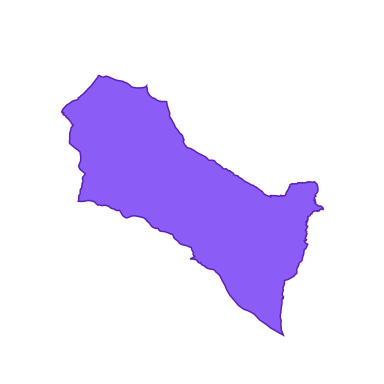 Kota Batu, Jawa Timur, Indonesia, rotated 302°
{"feature_id": "22746128B69457994360094", "entity_name": "Kota Batu", "entity_type": "district", "adm_level": 2, "iso_a3": "IDN", "parent_name": "Indonesia", "parent_adm1": "Jawa Timur", "projection": "natural_earth1", "projection_center": [112.536, -7.834], "detail": "fine", "context": "isolated", "style": "filled", "palette": "violet", "viewbox_px": 384, "rotation_deg": 302, "n_neighbors": 0, "source": "geoboundaries", "source_scale": "gbopen_adm2", "svg_char_len": 6045}
<svg xmlns="http://www.w3.org/2000/svg" viewBox="0 0 384 384"><g transform="rotate(302 192 192)"><path d="M241.1,51.2L238.0,51.1L228.9,50.3L224.8,49.3L217.6,47.9L215.1,46.9L212.9,46.4L211.9,45.7L210.7,45.9L210.0,46.2L208.8,45.4L207.4,43.8L205.5,42.4L201.2,40.7L199.2,39.6L193.9,38.7L192.0,38.8L190.9,39.1L190.4,39.8L191.3,40.9L191.3,41.3L191.2,41.4L189.7,41.4L189.5,41.7L189.4,42.4L189.6,44.5L188.9,45.5L188.2,49.2L187.0,52.6L186.1,54.0L185.9,55.4L185.7,55.1L185.4,55.2L184.3,55.8L182.3,55.4L180.5,56.3L178.7,56.7L177.2,57.2L173.6,59.2L172.4,60.1L170.1,61.2L168.5,62.3L168.3,62.7L167.5,68.2L167.2,70.6L167.1,73.5L167.0,73.8L166.8,74.2L166.7,75.6L166.1,76.3L162.7,79.1L159.5,81.0L158.8,81.2L155.7,81.7L154.0,82.1L153.6,82.4L152.7,83.6L151.9,85.1L151.6,86.3L151.6,87.7L151.3,89.1L151.1,91.6L150.7,92.0L150.0,91.8L146.3,91.5L145.4,91.9L143.6,93.8L142.3,94.2L141.0,94.3L137.1,96.3L135.6,96.0L134.5,96.1L131.2,98.1L128.8,98.0L124.9,100.2L123.9,100.5L125.8,103.9L127.8,106.4L129.4,107.8L130.8,110.4L131.6,112.8L131.9,114.5L131.7,115.8L131.3,116.9L131.1,118.4L130.9,118.9L131.9,120.1L132.8,123.0L134.7,125.1L135.6,128.3L135.8,129.6L135.4,130.8L135.4,131.9L135.8,133.8L136.4,134.5L136.2,136.1L136.4,138.0L137.0,139.1L137.6,139.4L138.1,140.1L138.0,140.6L137.5,141.4L135.4,145.6L135.1,146.8L135.0,149.1L135.6,150.6L139.5,153.5L140.4,154.4L142.0,157.2L144.5,164.3L144.5,165.6L144.3,167.2L143.6,168.9L142.9,172.6L141.5,175.9L141.3,177.6L142.0,180.8L143.2,182.6L143.1,182.9L142.5,183.8L142.0,184.7L142.1,186.1L142.7,187.0L143.0,188.4L144.2,190.1L144.1,191.0L144.8,193.6L145.1,196.4L145.8,197.7L145.2,199.0L143.9,200.5L143.3,201.8L142.8,206.1L141.8,209.0L142.0,211.0L142.6,213.0L143.3,214.5L144.5,220.9L144.4,221.2L143.4,221.9L142.6,222.9L142.3,223.6L141.2,225.4L140.9,225.6L140.1,225.7L139.6,226.1L138.9,227.5L138.8,228.6L134.9,226.3L134.5,226.7L136.0,228.8L136.0,229.7L136.5,229.9L136.8,230.5L136.6,231.8L136.6,232.8L135.9,233.7L135.9,234.2L136.0,234.6L135.6,235.1L136.0,236.6L136.3,237.0L136.5,237.0L135.9,237.7L135.6,238.8L135.6,240.3L135.8,241.5L135.5,243.3L135.4,245.1L135.9,247.2L137.8,252.0L136.8,254.8L136.4,257.7L135.9,259.7L132.1,266.1L130.1,269.7L128.9,271.2L127.2,273.8L124.7,278.4L120.4,291.7L120.0,297.1L120.2,299.0L121.0,302.5L121.4,307.0L121.3,310.0L119.4,317.0L118.9,327.0L118.6,328.4L118.4,330.4L118.4,333.2L119.0,345.3L122.4,340.8L125.9,338.3L127.5,337.0L129.7,336.1L130.8,335.2L132.1,333.5L134.3,332.2L136.6,331.3L141.2,329.0L144.6,327.6L147.3,326.0L148.8,325.3L150.1,324.9L150.2,325.8L151.7,325.0L151.9,324.7L152.0,323.8L152.2,323.4L153.0,322.8L154.9,322.0L156.7,321.6L157.7,321.1L158.4,320.1L159.4,319.7L162.7,319.3L164.3,318.3L165.2,317.9L165.8,317.4L166.5,317.8L168.9,320.0L172.2,321.8L173.2,322.1L173.7,322.7L174.5,322.6L175.3,323.4L175.9,323.2L177.4,323.2L178.1,324.0L179.3,323.6L180.4,322.7L181.0,322.4L181.7,321.9L183.8,321.5L185.8,321.4L188.7,320.5L192.1,321.6L195.9,320.2L198.3,319.7L202.6,317.7L204.3,318.5L209.0,317.9L209.0,316.1L208.8,315.0L209.8,313.8L210.1,313.0L210.4,312.9L210.5,313.5L211.2,313.7L211.2,314.4L212.2,314.5L212.4,313.4L212.7,312.6L213.8,312.3L215.0,312.3L215.0,311.6L216.8,312.0L217.3,311.6L217.7,311.5L218.2,310.3L219.3,310.2L219.6,308.4L222.0,308.7L222.6,308.3L224.1,308.4L224.3,306.3L225.8,306.1L226.0,305.7L226.7,305.6L226.9,304.7L227.2,304.5L227.4,304.8L227.8,304.7L228.0,305.4L228.3,305.5L229.4,304.8L229.9,305.0L230.3,304.6L231.0,304.5L231.6,304.1L232.1,303.3L233.0,303.5L234.1,304.5L236.7,304.7L237.1,305.2L238.0,304.9L239.1,305.0L240.4,305.9L241.0,306.0L241.5,306.5L241.7,307.5L241.9,308.1L242.1,308.2L242.3,308.7L242.5,308.8L242.9,308.5L243.1,308.7L242.9,309.4L243.1,309.7L243.6,309.9L245.0,309.9L246.1,310.7L246.5,311.5L246.5,312.2L247.1,311.9L247.4,312.2L247.8,311.8L248.4,309.4L248.2,308.4L247.4,307.2L246.9,306.8L247.2,306.1L247.6,302.0L248.8,302.4L249.3,300.8L249.5,300.9L249.8,300.0L250.2,300.7L250.4,300.8L251.0,299.8L252.0,298.7L253.0,298.8L253.7,299.0L254.1,299.3L254.3,299.1L254.5,297.9L255.2,297.9L257.3,298.4L258.9,298.4L259.9,298.1L261.5,297.1L263.2,295.7L264.5,294.3L265.1,293.2L265.3,291.0L265.6,290.4L264.4,289.4L263.7,287.8L262.8,286.5L262.6,285.7L262.1,285.0L261.1,284.4L260.8,283.8L260.2,283.5L259.3,282.6L258.8,281.5L258.4,281.2L258.5,280.8L257.7,280.1L257.6,279.4L257.2,279.2L256.9,278.3L255.7,276.8L254.9,276.8L254.4,276.4L253.6,275.0L252.6,273.7L251.9,272.2L250.5,271.7L250.2,271.3L248.8,271.9L247.6,271.6L246.9,272.3L241.6,272.2L239.7,272.8L239.0,272.7L238.5,273.0L237.4,271.8L236.9,270.8L236.1,270.6L236.4,269.5L236.3,269.1L235.7,268.7L234.9,268.8L234.6,268.7L234.0,266.4L232.7,264.2L232.1,262.9L231.3,261.8L231.0,260.9L230.8,260.7L230.0,261.3L229.6,261.4L229.5,259.7L229.2,259.5L229.0,259.1L228.7,257.8L228.5,254.1L228.8,253.4L228.9,252.7L229.3,252.0L229.6,251.3L229.7,248.4L230.1,244.1L229.9,241.8L230.2,240.7L229.4,238.4L229.5,236.0L229.2,232.6L228.9,231.6L229.4,227.9L229.6,227.2L229.4,225.1L229.5,224.2L229.9,222.4L229.5,220.8L229.0,220.1L228.8,219.4L229.0,217.9L229.6,217.1L229.9,216.3L229.8,215.0L230.0,212.5L229.3,211.8L229.7,209.8L229.7,208.3L228.9,207.7L228.6,207.0L228.4,206.0L228.9,204.3L229.0,202.7L229.4,201.7L229.3,197.3L230.3,195.0L230.3,193.9L229.5,192.1L227.8,189.3L228.5,187.4L229.0,185.0L228.1,175.5L228.4,171.2L228.2,169.0L227.9,167.1L227.2,165.1L227.2,163.7L228.4,160.5L229.7,158.5L230.6,157.6L232.0,157.7L232.5,156.6L234.6,154.3L234.9,153.4L235.2,153.0L235.4,150.6L236.6,148.0L237.6,145.4L237.9,143.9L240.0,140.9L243.2,135.2L244.1,133.0L245.2,132.3L246.8,131.6L250.9,126.7L253.1,124.3L255.1,122.8L255.1,122.4L252.1,117.3L252.2,116.8L251.9,116.5L251.6,115.6L251.6,114.8L251.3,114.4L251.2,113.8L251.5,112.6L251.5,110.3L251.0,108.8L251.0,107.2L251.5,105.0L252.2,103.4L253.5,101.1L255.5,99.5L255.7,99.2L256.1,99.1L256.7,98.6L256.8,97.9L257.7,97.4L257.4,97.4L255.3,96.0L253.2,93.5L250.7,89.5L249.6,86.7L249.1,84.7L249.5,83.3L249.8,81.5L249.8,78.5L249.1,75.6L249.3,75.1L249.1,74.4L246.8,68.7L246.5,67.5L245.6,61.2L244.7,57.7L242.9,56.5L242.3,55.7L241.8,54.4L241.6,51.7L241.5,51.4L241.1,51.2Z" fill="#8b5cf6" stroke="#5b21b6" stroke-width="1.5"/></g></svg>